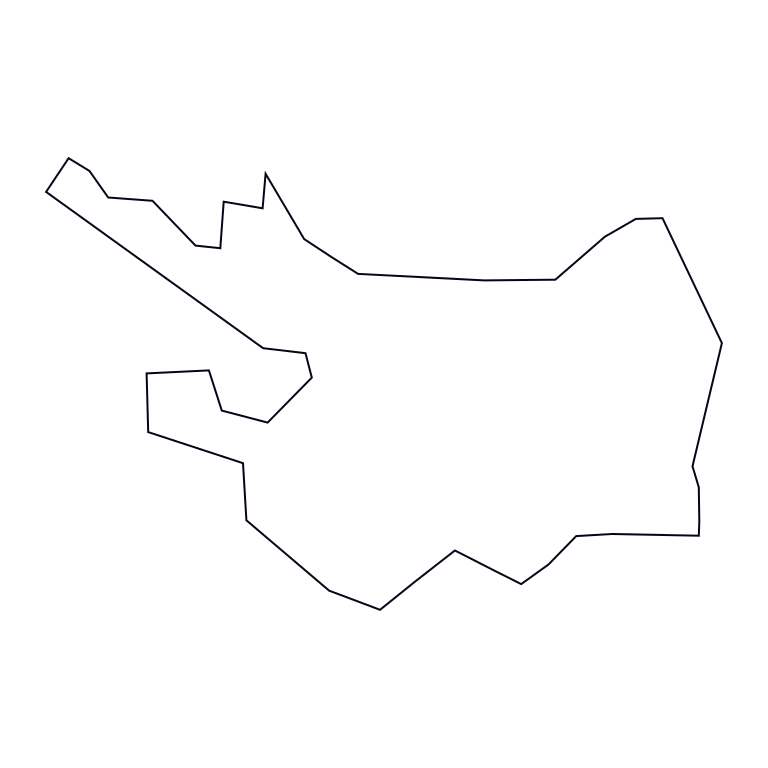 Zafarabad, Jizzakh, Uzbekistan
{"feature_id": "79887680B9171225127728", "entity_name": "Zafarabad", "entity_type": "district", "adm_level": 2, "iso_a3": "UZB", "parent_name": "Uzbekistan", "parent_adm1": "Jizzakh", "projection": "natural_earth1", "projection_center": [67.736, 40.329], "detail": "fine", "context": "isolated", "style": "outline", "palette": "ink", "viewbox_px": 768, "rotation_deg": 0, "n_neighbors": 0, "source": "geoboundaries", "source_scale": "gbopen_adm2", "svg_char_len": 640}
<svg xmlns="http://www.w3.org/2000/svg" viewBox="0 0 768 768"><path d="M329.2,590.7L380.0,609.8L414.8,581.8L454.9,550.5L495.1,571.0L521.2,584.1L548.6,564.4L576.2,536.1L611.8,534.0L698.8,535.7L699.3,521.8L698.8,487.3L692.5,466.3L721.9,343.1L662.5,218.2L635.8,218.9L604.9,236.7L555.3,279.7L484.2,280.4L358.1,273.9L332.0,257.4L304.2,239.1L265.6,173.8L262.6,208.3L223.7,201.7L220.3,248.2L195.5,245.6L152.5,200.8L108.2,197.5L89.5,171.0L68.6,158.2L46.1,191.9L263.1,348.2L305.5,353.2L311.8,377.6L267.6,422.6L221.8,410.6L208.9,370.4L146.6,373.4L148.2,432.1L243.0,463.2L246.4,520.3L329.2,590.7Z" fill="none" stroke="#020617" stroke-width="2"/></svg>